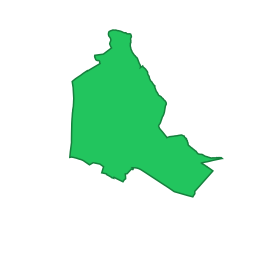 the district of Ziltlaltépec de Trinidad Sánchez Santos, Tlaxcala, Mexico, rotated 59°
{"feature_id": "50627088B10378773175156", "entity_name": "Ziltlaltépec de Trinidad Sánchez Santos", "entity_type": "district", "adm_level": 2, "iso_a3": "MEX", "parent_name": "Mexico", "parent_adm1": "Tlaxcala", "projection": "robinson", "projection_center": [-97.922, 19.209], "detail": "fine", "context": "isolated", "style": "filled", "palette": "green", "viewbox_px": 256, "rotation_deg": 59, "n_neighbors": 0, "source": "geoboundaries", "source_scale": "gbopen_adm2", "svg_char_len": 5253}
<svg xmlns="http://www.w3.org/2000/svg" viewBox="0 0 256 256"><g transform="rotate(59 128 128)"><path d="M202.6,63.0L201.9,63.2L201.7,63.3L201.3,63.5L201.2,63.7L201.2,64.0L200.7,64.5L200.2,65.3L199.5,66.7L199.3,67.0L199.1,67.1L199.1,67.3L199.2,67.5L197.7,70.0L197.1,71.0L196.8,71.8L196.6,72.1L196.3,72.5L196.1,72.6L195.6,73.2L195.4,73.3L195.2,73.5L194.7,73.8L194.6,74.0L194.3,74.4L194.1,74.5L193.9,74.6L193.6,74.8L193.2,75.2L192.9,75.5L192.5,75.8L191.9,76.4L191.3,76.8L190.9,77.0L190.6,77.1L190.3,77.3L189.8,77.5L189.6,77.7L189.3,77.8L189.0,78.1L188.9,78.1L188.7,78.2L188.7,78.4L188.6,78.5L188.3,78.8L188.0,79.3L187.8,79.5L187.6,79.9L187.5,80.0L187.3,80.1L187.1,80.4L186.9,80.7L186.8,80.9L186.5,81.1L185.8,81.3L185.6,81.3L185.0,81.5L184.8,81.6L184.4,81.6L183.1,81.6L182.9,81.7L182.8,81.8L182.3,82.0L182.1,82.2L181.5,82.3L180.7,82.6L180.1,82.8L179.6,83.0L178.7,83.4L178.3,83.4L178.0,83.6L177.6,83.8L177.4,83.9L176.8,84.1L175.9,84.4L175.5,84.5L175.4,84.5L174.8,84.8L174.5,84.9L174.2,85.0L173.8,85.0L173.6,85.1L173.2,85.0L172.9,84.9L172.7,84.8L172.4,84.6L172.0,84.5L171.6,84.3L171.3,84.2L170.8,84.2L170.2,84.1L169.5,83.8L168.9,83.7L168.7,83.7L168.6,83.8L168.2,83.9L167.9,84.0L167.7,84.0L167.6,83.9L167.4,83.5L167.1,83.5L166.9,83.5L166.7,83.7L166.3,83.8L166.2,83.8L165.7,84.1L165.4,84.2L164.8,84.2L164.5,84.1L164.1,84.0L163.8,84.0L163.7,84.1L163.6,84.3L163.4,84.5L162.1,85.3L161.8,85.5L161.6,85.7L161.4,86.0L160.8,87.5L160.5,88.2L160.1,89.4L159.9,90.0L158.9,92.1L158.6,93.0L158.1,94.1L157.2,96.1L157.0,96.4L156.3,99.6L156.0,99.5L155.5,99.6L149.5,100.4L146.6,100.9L144.4,101.2L143.6,101.0L142.1,100.8L141.5,100.1L140.6,98.2L140.0,97.3L137.8,94.7L137.6,94.4L136.3,93.0L135.6,91.6L134.4,90.0L133.1,88.6L128.5,84.7L127.2,82.8L125.7,82.2L124.8,82.2L124.4,82.2L124.0,82.2L122.7,82.6L122.0,82.9L121.7,82.9L121.2,82.8L120.7,82.9L119.8,83.3L118.8,83.5L118.3,83.5L117.1,84.1L115.9,84.8L115.6,84.9L113.5,84.7L112.7,84.7L111.8,84.8L111.1,84.8L110.8,84.8L110.1,84.7L107.8,84.2L106.4,84.0L106.4,83.8L106.2,83.6L105.9,83.3L105.7,83.4L105.4,83.4L105.2,83.6L103.2,83.8L102.5,83.9L101.7,83.9L100.9,83.9L100.5,83.9L100.4,83.9L100.2,84.0L99.6,84.3L98.7,84.3L98.3,84.2L96.8,84.1L96.5,84.0L95.7,83.7L95.2,83.5L94.8,83.4L93.7,83.3L92.4,83.4L92.0,83.3L91.4,83.1L90.6,82.6L90.2,82.5L89.7,82.4L89.3,82.4L87.4,82.6L87.1,82.6L86.7,82.6L84.7,83.2L83.8,83.5L83.3,83.6L82.9,83.6L82.4,83.5L82.6,86.2L82.4,86.0L82.2,85.8L81.1,85.4L80.8,85.3L80.0,85.1L78.5,85.1L78.2,85.0L77.4,84.9L73.1,84.1L72.0,84.2L71.3,84.6L70.8,84.6L69.9,84.7L69.5,84.8L69.1,85.0L68.4,85.1L67.9,85.1L65.1,85.3L64.5,85.2L63.6,85.0L63.0,85.0L61.7,84.8L60.2,84.2L59.6,84.1L59.2,83.9L58.5,83.6L57.6,83.0L57.2,82.7L56.5,82.4L56.4,81.7L55.9,81.4L55.4,81.2L55.1,80.9L54.8,80.7L54.4,80.5L53.9,80.4L52.7,79.7L52.0,78.9L51.7,78.2L51.1,77.9L50.6,77.7L50.0,77.6L49.7,77.5L49.3,77.5L48.9,77.4L48.5,77.7L48.4,77.9L48.0,78.3L47.8,78.5L47.7,78.8L47.6,79.1L47.5,79.3L47.3,79.6L46.9,80.0L46.7,80.2L46.6,80.4L46.4,80.5L46.2,80.5L45.4,80.7L45.2,80.9L45.0,81.2L44.9,81.5L44.8,81.8L43.8,82.7L43.3,83.1L42.9,83.3L42.6,83.5L42.4,83.6L41.6,84.2L40.7,85.0L40.4,85.4L40.0,85.7L39.8,85.9L39.3,86.7L38.9,87.0L38.2,87.6L38.1,87.8L37.7,88.2L36.9,89.6L36.6,90.0L36.2,90.4L36.2,90.8L36.1,91.2L36.1,91.5L35.9,91.9L35.8,92.3L35.7,93.5L35.6,94.5L35.9,95.0L36.3,95.5L36.7,95.9L37.8,96.6L38.7,96.9L39.2,97.0L39.7,97.0L40.2,96.9L41.0,96.8L41.8,96.8L42.4,96.9L43.4,97.2L43.8,97.4L44.4,97.9L44.7,98.4L45.5,99.4L45.9,99.9L46.2,100.2L46.5,100.4L49.7,100.9L50.9,100.9L52.0,111.1L48.6,119.0L48.8,119.2L49.1,119.5L49.4,119.7L50.0,119.7L50.4,119.8L50.5,120.1L51.2,120.2L51.9,120.2L52.4,120.4L52.9,120.4L53.8,120.0L54.4,119.6L54.6,119.3L54.6,119.0L54.7,118.8L55.0,118.6L55.3,118.4L55.5,118.2L55.8,118.0L56.1,118.0L56.5,118.1L56.8,118.3L57.4,118.6L58.0,118.6L58.4,118.7L58.3,133.6L57.9,133.5L58.1,137.9L58.5,141.7L58.6,144.5L58.8,148.0L58.9,148.4L59.1,150.0L59.4,151.9L65.1,154.2L74.8,159.3L77.0,160.8L78.7,161.9L80.1,162.9L81.2,163.6L84.0,166.0L85.5,167.0L86.4,167.8L89.9,170.2L91.1,171.1L95.4,174.0L98.3,175.8L103.2,178.9L108.5,182.2L111.4,183.9L118.6,189.6L123.2,193.0L123.8,191.4L125.0,190.0L126.4,188.6L127.4,187.6L129.1,186.2L131.0,184.4L132.9,183.1L139.7,180.0L139.8,175.7L144.4,170.7L148.6,168.9L152.9,173.6L153.9,172.5L155.6,170.7L156.4,170.0L156.9,170.3L158.9,169.1L160.1,168.4L161.3,167.8L161.7,167.6L162.2,167.5L162.8,167.0L163.3,166.3L163.7,166.1L163.4,165.9L163.1,165.7L163.0,165.4L165.8,163.7L171.5,160.0L170.6,158.2L170.4,157.3L170.3,156.2L168.7,155.3L166.0,154.0L166.7,152.3L165.7,148.9L165.6,148.4L165.4,147.9L165.2,147.2L165.0,146.8L165.0,146.3L165.1,146.0L165.4,145.9L165.8,145.7L166.1,145.1L165.7,144.6L165.3,144.5L164.8,144.6L164.3,144.7L165.0,143.6L166.2,141.8L167.2,140.7L168.6,139.5L170.5,138.3L175.2,136.0L189.7,129.0L194.9,126.5L200.0,124.0L204.9,121.8L206.4,121.1L216.3,111.9L220.4,107.9L219.5,106.2L218.8,104.6L216.7,103.4L212.3,89.3L208.6,77.5L208.5,77.3L203.9,79.3L202.9,79.8L202.6,80.0L201.9,80.1L201.8,80.4L201.7,80.5L201.4,80.4L200.6,80.9L200.0,81.2L199.7,81.3L199.4,81.3L198.3,82.0L198.0,82.1L197.5,82.5L197.2,82.5L196.9,82.7L196.6,82.9L196.3,83.0L196.0,83.2L195.8,83.1L195.9,82.8L196.7,80.2L197.0,79.3L197.8,77.3L198.6,74.8L199.0,73.5L199.5,71.8L202.5,63.2L202.6,63.0Z" fill="#22c55e" stroke="#15803d" stroke-width="1.5"/></g></svg>